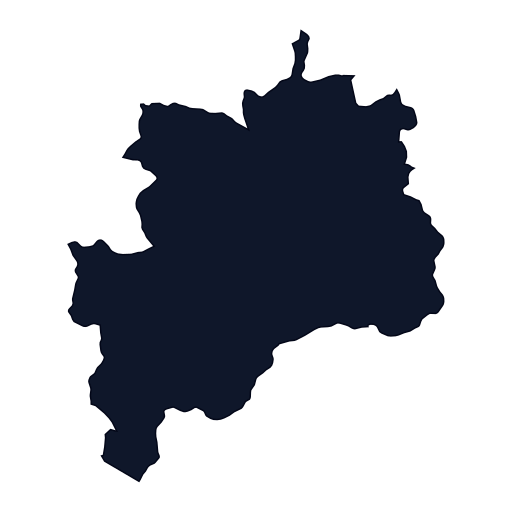 outline of Rasinski
{"feature_id": "SRB-833", "entity_name": "Rasinski", "entity_type": "District", "adm_level": 1, "iso_a3": "SRB", "parent_name": "Republic of Serbia", "parent_adm1": "", "projection": "mercator", "projection_center": [21.143, 43.49], "detail": "fine", "context": "isolated", "style": "filled", "palette": "ink", "viewbox_px": 512, "rotation_deg": 0, "n_neighbors": 0, "source": "natural_earth", "source_scale": "10m", "svg_char_len": 5990}
<svg xmlns="http://www.w3.org/2000/svg" viewBox="0 0 512 512"><path d="M116.8,431.1L112.3,422.1L109.2,417.9L104.5,412.9L95.7,405.5L91.2,404.1L91.2,401.1L90.4,396.3L90.4,394.9L91.0,390.3L91.0,388.9L90.7,387.5L89.1,382.6L88.9,381.3L89.1,380.0L90.1,377.5L90.7,376.7L94.5,373.8L95.1,373.0L96.6,369.5L97.7,367.6L101.1,364.3L102.0,363.1L103.6,360.3L104.4,357.9L104.3,356.8L104.0,356.1L102.3,353.8L101.5,352.4L101.0,350.7L100.2,344.6L100.3,342.5L101.4,340.1L101.8,338.3L100.8,332.7L100.2,325.1L95.1,323.6L93.5,323.5L91.1,324.1L87.3,325.9L85.8,326.3L83.8,326.2L82.5,325.7L74.1,321.5L72.7,319.3L71.4,315.6L68.7,311.7L68.6,311.0L68.8,309.9L69.6,308.8L72.3,306.0L73.1,304.1L73.2,302.9L72.7,300.1L72.7,298.7L74.8,290.0L75.8,284.1L76.3,282.6L78.3,278.4L78.5,277.3L78.2,276.1L75.7,272.1L75.4,271.0L75.4,270.0L75.7,269.2L77.2,266.8L77.9,264.9L77.9,263.6L77.7,262.3L77.0,260.8L73.1,255.3L70.8,249.1L68.2,244.3L71.9,242.6L74.9,241.9L76.9,242.5L80.6,246.2L82.3,247.2L84.1,247.4L89.4,246.9L92.9,246.0L94.1,245.1L97.1,241.5L98.1,240.7L99.2,240.2L101.0,240.1L102.3,240.7L103.5,241.6L107.3,245.4L108.4,246.6L110.3,249.7L112.0,251.4L114.6,252.8L117.8,254.1L122.8,254.7L131.4,254.4L138.2,252.6L141.9,252.3L143.4,251.8L148.3,249.2L154.2,246.3L147.2,237.9L146.3,236.4L144.8,232.7L142.6,229.3L142.0,227.4L142.2,224.3L142.0,221.6L140.6,215.4L139.4,212.7L137.0,208.8L136.5,207.2L136.2,203.7L136.4,201.9L137.0,199.3L138.5,196.2L140.3,193.3L143.4,190.6L149.1,187.2L150.3,186.2L156.7,179.9L157.2,178.7L157.1,177.6L156.6,176.4L155.6,175.3L150.5,170.7L145.8,169.2L143.9,168.2L142.6,166.4L141.5,162.4L140.7,161.3L139.7,160.5L137.8,159.8L132.9,159.7L123.0,157.3L125.0,154.2L127.0,150.5L128.3,148.6L130.7,146.3L135.8,142.0L140.1,139.1L140.7,138.5L141.2,137.5L141.3,136.3L139.6,131.3L139.2,128.0L139.2,124.5L139.4,121.1L139.9,119.5L142.3,115.3L142.9,113.8L143.1,112.3L143.1,110.8L142.7,109.4L140.8,106.4L140.7,105.3L140.8,104.3L143.6,104.1L145.4,105.7L149.2,106.2L149.9,105.8L151.4,104.1L152.0,103.7L159.7,103.4L163.6,105.5L167.6,106.6L168.9,106.1L170.8,104.7L173.1,103.5L174.9,103.3L176.1,103.6L178.7,104.9L185.7,106.6L189.5,108.3L192.8,108.8L199.9,109.2L202.6,109.6L203.5,110.0L207.8,112.7L209.7,113.4L215.2,113.6L221.9,113.0L223.8,113.7L226.6,115.9L231.1,118.3L232.2,119.1L234.5,121.7L236.3,123.1L248.7,129.9L244.8,118.4L243.8,114.7L243.5,112.7L243.5,109.3L242.9,106.0L242.7,103.2L243.2,100.9L244.3,98.1L244.5,96.9L244.2,93.8L244.3,92.5L244.7,91.3L245.4,90.5L247.0,90.1L251.6,91.1L254.3,92.4L257.7,95.8L258.7,96.4L261.0,97.1L262.5,97.1L264.6,96.0L268.5,92.4L275.5,87.5L277.6,85.3L280.0,82.0L282.1,80.8L286.9,79.5L289.8,78.0L291.0,77.0L291.8,75.7L292.2,74.4L293.1,68.6L295.0,63.5L295.5,60.2L295.5,56.6L295.3,53.0L294.9,51.2L292.4,43.8L298.7,40.4L299.6,39.6L300.0,38.4L301.1,30.7L306.7,34.5L308.5,36.5L309.0,38.2L309.0,38.8L307.6,41.7L307.1,43.9L307.7,48.6L307.6,51.4L307.4,52.8L304.1,60.3L303.8,61.5L304.4,65.5L304.2,68.2L303.3,70.2L301.6,72.7L301.0,74.6L301.1,75.9L301.9,77.6L302.9,78.7L304.1,79.7L308.0,81.7L310.3,82.3L311.7,82.2L320.3,80.2L328.7,76.7L335.4,75.2L338.6,75.2L342.4,76.2L343.1,75.6L354.0,75.9L350.6,79.9L355.7,103.2L358.5,106.3L366.0,106.9L369.8,106.1L371.2,105.5L375.9,101.9L380.1,99.8L383.4,98.7L387.4,95.5L389.2,95.2L391.1,95.4L393.1,94.7L394.9,92.6L396.7,89.7L398.6,93.4L399.3,95.1L400.6,102.2L401.6,104.2L402.4,104.9L405.2,106.4L410.9,107.8L412.2,108.5L413.1,109.4L413.7,110.4L415.6,116.5L416.7,122.5L416.5,123.8L415.6,125.4L413.4,127.5L410.1,129.3L408.7,129.7L407.4,129.7L403.9,128.6L402.6,128.6L400.9,129.2L400.2,129.8L399.4,131.5L398.6,141.9L401.4,141.9L404.4,146.5L406.3,151.4L406.5,157.2L404.3,164.2L407.9,164.8L409.9,165.9L411.5,167.2L414.1,168.2L411.8,169.7L410.0,171.3L408.6,173.5L407.8,177.0L408.3,183.7L403.3,187.7L402.7,188.7L402.4,189.9L402.6,191.3L403.7,194.7L410.6,197.0L416.0,199.8L419.0,200.7L421.0,204.5L422.4,210.2L422.9,211.3L424.3,212.9L428.6,215.7L429.7,216.6L430.2,217.5L430.5,218.4L430.6,219.6L430.4,222.7L430.6,224.0L431.3,225.3L434.7,228.5L437.5,232.1L442.4,236.3L443.4,238.3L443.7,239.6L443.8,242.5L443.7,244.0L443.0,246.4L442.5,247.4L439.9,250.8L438.2,254.0L435.1,257.3L433.9,259.4L433.7,260.6L435.0,266.8L435.0,268.1L434.4,269.9L432.4,274.4L432.4,275.6L432.8,276.9L435.0,280.7L436.5,286.2L437.3,288.0L439.7,291.9L442.4,295.2L443.3,297.2L443.6,298.6L443.7,301.5L443.5,302.9L443.1,304.3L442.4,305.6L438.1,311.8L437.0,312.8L435.7,313.4L430.1,313.2L429.1,313.5L426.9,314.9L421.9,318.9L420.7,321.2L419.4,325.1L418.7,326.1L417.9,326.6L414.8,328.0L410.1,330.9L404.0,332.6L398.3,334.9L395.5,335.6L390.8,335.9L387.9,335.6L381.8,333.0L379.8,331.6L377.6,327.1L376.7,325.9L375.5,325.0L373.4,324.2L370.3,324.1L369.0,324.5L368.0,325.2L367.7,326.1L367.9,326.6L361.7,327.0L354.9,328.7L353.9,328.6L352.0,327.9L348.5,325.8L346.1,324.9L340.1,323.1L337.9,322.8L336.6,323.1L331.2,325.9L327.9,326.5L320.9,326.9L318.3,327.5L314.3,329.4L304.8,335.2L296.1,339.7L294.3,340.3L289.3,340.8L278.8,343.8L278.7,344.3L278.1,345.1L273.8,348.4L272.8,349.7L272.0,351.2L271.6,353.3L271.7,354.7L272.9,358.2L273.0,359.5L272.5,362.7L271.6,365.2L270.0,367.2L265.8,369.9L262.7,372.8L258.3,375.9L256.7,377.4L256.1,378.3L255.7,379.3L254.3,384.7L250.7,390.0L250.4,391.9L250.2,396.9L249.9,398.2L249.4,399.2L246.2,401.0L245.1,402.0L243.1,405.8L242.2,407.2L241.1,408.3L234.1,411.7L229.3,415.2L224.0,417.8L220.7,419.0L217.1,419.5L213.5,419.3L210.6,418.3L206.7,416.0L205.9,415.0L204.7,412.2L203.7,410.8L196.5,407.1L194.6,407.3L191.0,409.6L187.5,411.0L185.3,411.5L183.8,411.5L180.3,410.3L173.9,407.1L172.5,407.1L166.5,408.8L164.9,409.6L164.0,410.5L163.7,411.7L164.4,415.5L164.4,416.7L163.8,418.1L161.2,422.0L157.0,426.5L156.0,428.4L155.7,430.0L155.5,433.4L155.7,436.8L156.8,442.3L157.6,451.7L158.0,453.3L158.9,455.4L159.1,456.2L159.1,457.3L158.7,458.0L155.1,462.3L154.1,463.2L149.9,465.0L148.4,466.2L147.4,467.4L145.4,471.0L142.7,474.2L140.2,479.3L139.0,481.3L104.6,461.1L101.6,455.9L103.4,455.4L104.8,447.0L105.6,437.8L105.3,434.5L110.6,429.6L115.3,431.0L116.8,431.1Z" fill="#0f172a" stroke="#020617" stroke-width="1.5"/></svg>